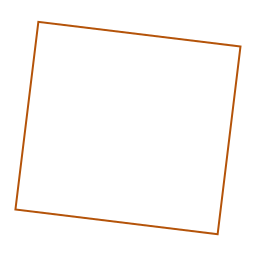 the district of York, Nebraska, United States of America, rotated 7°
{"feature_id": "52423323B45895335314976", "entity_name": "York", "entity_type": "district", "adm_level": 2, "iso_a3": "USA", "parent_name": "United States of America", "parent_adm1": "Nebraska", "projection": "robinson", "projection_center": [-97.673, 40.873], "detail": "fine", "context": "isolated", "style": "outline", "palette": "amber", "viewbox_px": 256, "rotation_deg": 7, "n_neighbors": 0, "source": "geoboundaries", "source_scale": "gbopen_adm2", "svg_char_len": 229}
<svg xmlns="http://www.w3.org/2000/svg" viewBox="0 0 256 256"><g transform="rotate(7 128 128)"><path d="M26.1,33.6L26.2,222.6L26.7,222.6L229.9,222.5L229.7,33.4L26.1,33.6Z" fill="none" stroke="#b45309" stroke-width="2"/></g></svg>